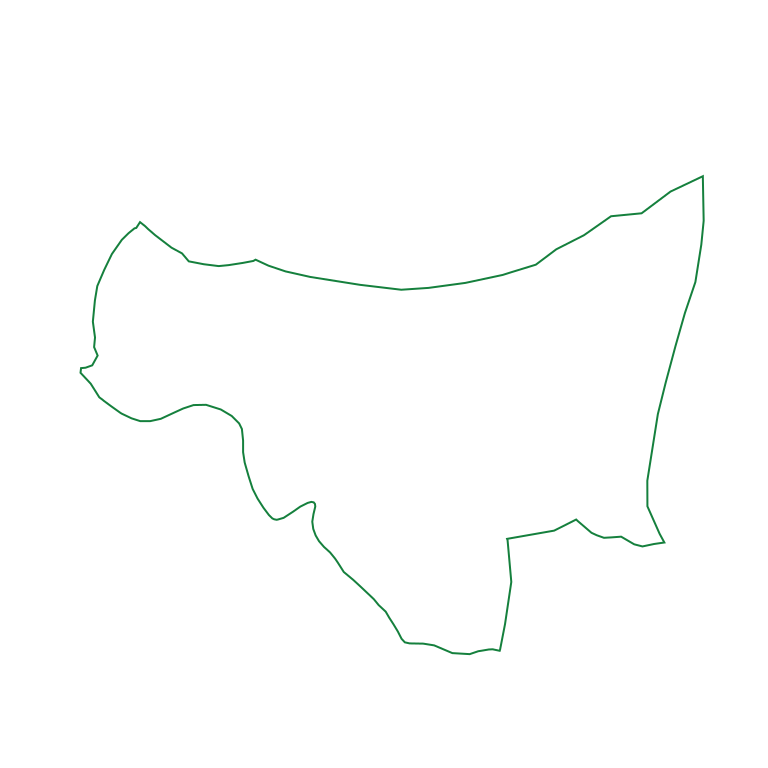 outline of Monchy/Moulin A Vent, Gros Islet, Saint Lucia, rotated 9°
{"feature_id": "8701671B65471913227261", "entity_name": "Monchy/Moulin A Vent", "entity_type": "district", "adm_level": 2, "iso_a3": "LCA", "parent_name": "Saint Lucia", "parent_adm1": "Gros Islet", "projection": "mercator", "projection_center": [-60.951, 14.063], "detail": "fine", "context": "isolated", "style": "outline", "palette": "green", "viewbox_px": 768, "rotation_deg": 9, "n_neighbors": 0, "source": "geoboundaries", "source_scale": "gbopen_adm2", "svg_char_len": 1927}
<svg xmlns="http://www.w3.org/2000/svg" viewBox="0 0 768 768"><g transform="rotate(9 384 384)"><path d="M117.7,262.3L114.9,268.6L113.2,269.3L108.1,275.0L102.5,282.6L94.9,298.2L89.8,315.1L85.5,332.1L85.4,346.7L86.7,368.0L91.3,383.3L91.9,392.9L96.7,400.7L92.9,411.2L86.7,414.6L82.3,415.7L82.5,420.4L94.3,429.6L104.9,441.7L108.7,443.7L110.0,444.5L117.9,448.6L128.1,453.7L129.5,454.3L140.0,457.4L149.0,458.8L159.0,457.2L169.0,453.3L181.5,444.9L189.5,439.6L199.2,434.6L211.5,432.4L226.8,434.7L238.6,439.4L247.1,445.6L250.7,450.7L253.7,462.0L255.5,473.4L258.7,483.4L264.8,496.5L270.7,508.2L277.0,516.9L284.3,525.1L290.8,531.4L294.7,534.2L296.7,534.8L299.2,534.9L300.3,534.5L305.8,531.9L314.2,524.3L320.5,518.2L327.2,513.4L330.7,511.8L333.1,511.9L334.6,513.3L335.3,515.8L334.7,523.5L334.7,531.2L336.8,538.2L340.2,544.3L344.4,549.4L350.2,554.3L357.1,558.8L363.0,564.1L366.3,567.6L369.4,571.1L373.7,576.0L384.3,582.3L392.7,587.9L398.4,591.8L407.6,598.1L413.3,603.2L421.3,608.6L425.8,614.1L431.0,619.9L436.4,626.3L441.2,632.9L445.0,635.9L449.9,636.2L463.4,634.3L474.4,634.3L493.6,639.1L510.9,637.4L518.9,633.2L522.0,632.2L529.1,629.8L533.0,629.0L533.9,629.1L540.0,629.4L540.2,628.1L541.1,602.2L540.7,559.6L530.5,519.0L529.8,517.7L575.0,502.2L595.0,487.8L596.9,489.1L612.2,498.5L617.8,500.1L625.3,501.5L632.7,499.9L642.1,497.7L656.2,503.2L664.7,504.0L675.7,499.8L685.7,496.7L679.7,488.9L663.3,463.6L659.2,438.3L659.2,403.7L659.2,370.9L662.0,338.6L666.0,300.6L670.1,266.9L675.6,234.6L675.6,196.7L674.2,172.8L666.4,128.9L636.9,149.1L611.7,175.1L582.0,182.8L558.3,205.7L533.1,224.0L515.3,242.4L492.2,253.7L484.2,257.7L448.6,271.4L413.0,282.1L386.3,288.2L344.8,289.8L324.1,289.8L294.4,289.8L274.2,288.5L269.2,288.2L251.4,285.2L237.7,281.3L235.7,282.9L225.6,286.5L211.9,290.9L202.3,293.4L187.3,293.9L172.0,293.4L164.1,286.6L152.8,282.6L134.7,272.8L126.8,267.9L123.4,265.5L117.7,262.3Z" fill="none" stroke="#15803d" stroke-width="2"/></g></svg>